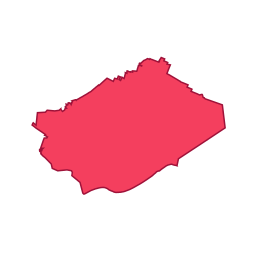 Navolato, Sinaloa, Mexico (Robinson projection), rotated 292°
{"feature_id": "50627088B58275904386471", "entity_name": "Navolato", "entity_type": "district", "adm_level": 2, "iso_a3": "MEX", "parent_name": "Mexico", "parent_adm1": "Sinaloa", "projection": "robinson", "projection_center": [-107.725, 24.725], "detail": "fine", "context": "isolated", "style": "filled", "palette": "rose", "viewbox_px": 256, "rotation_deg": 292, "n_neighbors": 0, "source": "geoboundaries", "source_scale": "gbopen_adm2", "svg_char_len": 5032}
<svg xmlns="http://www.w3.org/2000/svg" viewBox="0 0 256 256"><g transform="rotate(292 128 128)"><path d="M50.7,110.5L50.5,111.0L50.3,111.5L50.2,111.9L51.0,112.8L56.2,117.1L59.4,120.6L60.5,122.1L61.5,123.4L62.4,124.8L63.0,125.9L63.5,127.0L63.6,127.3L63.7,127.5L63.8,127.7L63.8,127.9L63.9,128.1L63.9,128.3L64.0,128.6L64.1,128.8L64.1,129.0L64.1,129.3L64.1,129.7L64.1,129.9L64.1,130.2L64.1,130.9L64.1,131.8L63.9,132.2L63.7,132.9L63.6,133.4L63.5,133.8L63.5,134.1L63.5,134.3L63.5,134.5L63.5,135.0L63.5,135.4L63.4,135.8L63.4,136.2L63.4,136.3L63.5,136.6L63.5,137.2L63.5,137.4L63.5,137.8L63.5,138.1L63.4,138.5L63.5,138.7L63.5,139.0L63.4,139.2L63.5,139.4L63.5,139.7L63.6,140.4L63.7,140.8L63.8,141.1L64.0,141.6L64.2,141.9L64.3,142.2L64.5,142.6L64.7,143.2L65.2,144.0L65.4,144.5L65.5,144.7L65.6,145.0L65.8,145.3L65.9,145.6L66.2,145.8L66.3,146.1L66.4,146.3L66.6,146.6L66.7,146.8L67.3,147.7L67.4,147.9L67.5,148.0L67.9,148.5L68.2,148.9L68.5,149.2L69.5,150.3L69.8,150.6L69.9,150.8L70.0,150.9L70.2,151.1L70.5,151.4L71.0,151.9L71.5,152.5L73.1,153.9L74.7,155.3L76.2,156.5L78.1,158.0L80.7,160.1L83.7,162.3L87.8,165.1L93.0,168.5L94.6,169.2L97.0,170.5L97.7,170.7L98.1,170.8L99.6,172.4L99.8,173.0L100.3,173.4L102.2,174.4L107.3,177.7L108.6,178.9L110.1,180.9L110.8,182.1L110.8,183.8L111.0,185.2L111.2,185.9L111.3,187.1L111.4,187.6L111.5,187.5L111.8,187.4L112.7,187.3L118.4,186.3L141.0,201.9L164.5,218.0L184.8,206.8L184.0,189.3L183.9,188.8L184.2,187.9L184.6,187.4L184.6,187.2L184.5,186.9L184.4,186.6L184.5,186.3L184.8,186.0L185.8,185.2L186.7,184.5L186.8,184.3L186.9,184.1L186.7,183.7L186.2,182.9L185.5,182.2L185.5,180.7L185.6,179.4L185.6,172.7L187.9,172.8L188.0,172.7L188.0,171.4L188.0,167.5L190.5,167.5L190.5,164.8L190.5,162.2L190.5,159.6L190.5,159.4L190.8,159.1L190.8,158.9L191.0,157.4L191.3,155.8L191.6,153.7L192.1,150.4L192.7,146.4L192.8,145.3L193.0,143.7L196.9,143.6L197.0,143.6L198.1,143.6L198.3,143.6L198.5,143.6L202.4,143.6L201.8,140.3L203.6,140.3L203.7,137.7L203.7,136.1L204.1,136.1L205.8,136.1L205.8,135.4L205.8,134.9L205.8,134.7L205.8,134.0L205.8,132.4L203.7,132.0L202.2,131.7L202.1,131.8L202.1,132.0L201.8,132.1L201.2,132.2L201.2,131.6L200.6,131.5L200.6,131.4L200.5,126.9L200.5,124.8L200.4,124.4L200.4,123.3L200.5,122.5L200.5,122.4L199.7,122.3L199.7,120.7L199.6,120.0L198.7,119.4L198.4,119.2L197.0,117.9L196.8,117.6L196.6,117.5L196.5,117.4L196.4,117.3L196.0,117.2L195.6,116.9L194.0,116.2L193.4,115.9L192.9,115.7L192.7,115.5L192.7,115.4L192.6,115.0L192.6,114.9L192.6,114.7L192.4,114.4L192.2,114.4L191.8,114.4L191.8,114.5L191.8,114.9L190.9,115.0L190.9,117.4L190.6,117.4L190.6,116.9L190.6,116.5L190.6,116.1L190.6,115.4L190.6,114.8L190.6,114.7L189.6,114.7L189.6,114.3L187.9,114.5L186.2,114.6L185.0,114.8L183.9,114.8L183.8,114.5L183.7,114.0L183.6,113.9L183.4,113.1L183.2,112.5L183.0,111.9L182.9,111.6L182.7,111.1L182.6,110.7L181.6,111.2L181.6,110.7L181.4,110.5L181.2,109.8L181.1,109.2L180.7,109.2L180.7,108.9L180.7,108.5L180.6,107.9L180.6,107.5L180.6,107.3L180.7,106.9L180.7,106.7L180.8,106.4L180.7,106.1L180.5,105.7L178.3,106.4L178.3,104.8L177.5,105.2L177.4,105.2L175.8,105.4L173.6,105.7L172.4,105.8L172.6,104.4L172.8,103.5L169.3,103.3L169.6,101.6L172.5,101.9L172.5,99.6L169.4,99.6L169.1,97.0L165.7,96.9L166.3,89.9L163.1,88.3L156.6,85.2L156.9,84.7L156.4,84.4L155.5,83.9L155.0,83.7L153.9,83.0L152.8,82.5L152.1,82.1L151.4,81.7L151.2,81.6L150.3,81.2L150.1,81.0L149.7,80.9L149.3,80.6L149.0,80.5L148.0,80.0L147.1,79.3L146.8,79.0L145.6,78.1L145.4,78.1L145.2,77.9L142.9,76.2L142.2,75.6L140.9,74.6L140.3,74.2L137.9,72.2L136.9,71.5L136.1,70.8L135.8,70.6L135.4,70.2L134.9,69.8L134.6,69.5L134.4,69.5L134.6,69.0L134.6,68.9L134.5,68.7L133.7,67.7L133.2,67.1L133.0,66.8L132.5,66.2L132.5,66.6L131.7,66.5L131.2,66.3L130.7,66.2L130.7,66.5L129.7,66.5L129.1,66.5L128.5,66.5L128.7,66.3L128.9,65.8L129.2,65.3L129.4,64.9L129.4,64.7L129.1,64.8L129.0,63.2L128.7,63.1L127.9,63.3L127.1,63.4L127.1,63.1L127.0,62.8L126.9,62.3L127.0,61.8L127.0,61.7L126.8,61.8L126.7,61.8L126.4,62.0L126.0,62.8L125.9,62.8L125.7,62.6L124.1,61.9L123.4,63.3L123.3,63.6L123.2,63.5L123.1,63.4L122.7,62.4L122.2,62.4L121.7,62.4L121.1,62.5L120.9,62.5L120.7,62.3L120.6,62.2L120.4,62.2L118.8,61.0L119.5,59.8L120.1,58.7L120.6,58.5L119.6,58.0L118.8,57.7L118.6,57.5L116.4,53.7L114.2,46.4L111.7,45.5L108.3,38.3L103.9,39.5L103.4,39.7L102.3,40.0L101.9,40.1L100.9,40.4L99.3,40.8L98.0,41.2L97.6,41.3L96.2,41.7L96.5,40.9L96.5,40.7L96.7,40.1L97.1,38.9L97.1,38.6L97.3,38.2L96.8,38.0L96.2,38.0L95.4,38.0L94.8,38.0L94.7,38.4L94.7,38.5L94.4,39.5L94.0,41.0L93.5,42.5L92.2,48.6L92.2,48.8L91.9,50.0L91.6,51.4L91.2,53.1L91.0,53.9L90.0,53.5L90.0,55.0L89.7,55.4L89.6,56.7L88.4,56.5L87.5,54.5L87.3,54.1L86.0,54.1L85.5,54.1L77.6,54.5L76.4,54.6L77.4,56.9L76.1,56.3L75.9,55.9L75.1,56.5L74.5,56.5L74.4,56.1L74.8,55.3L75.5,55.1L75.0,54.1L74.5,54.2L73.3,54.9L72.9,56.4L72.3,56.8L72.2,56.6L71.9,56.6L71.7,56.8L71.2,57.2L71.1,57.9L70.9,58.2L70.6,58.6L70.2,59.6L69.7,61.3L69.4,62.3L65.9,70.3L62.2,72.9L62.0,78.9L66.3,87.1L67.2,91.6L66.0,93.0L62.8,93.8L59.6,103.9L50.7,110.5Z" fill="#f43f5e" stroke="#9f1239" stroke-width="1.5"/></g></svg>